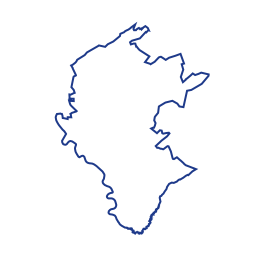 Valmieras pag., Burtnieku, Latvia, rotated 98°
{"feature_id": "27541924B48848471739366", "entity_name": "Valmieras pag.", "entity_type": "district", "adm_level": 2, "iso_a3": "LVA", "parent_name": "Latvia", "parent_adm1": "Burtnieku", "projection": "mercator", "projection_center": [25.5, 57.594], "detail": "fine", "context": "isolated", "style": "outline", "palette": "blue", "viewbox_px": 256, "rotation_deg": 98, "n_neighbors": 0, "source": "geoboundaries", "source_scale": "gbopen_adm2", "svg_char_len": 5672}
<svg xmlns="http://www.w3.org/2000/svg" viewBox="0 0 256 256"><g transform="rotate(98 128 128)"><path d="M222.3,124.7L222.8,124.0L224.0,123.1L224.6,122.5L225.6,120.8L227.1,117.0L226.9,116.2L227.1,115.4L226.9,115.3L226.9,114.9L227.5,114.4L227.3,114.2L227.3,113.5L227.4,113.4L227.6,113.4L227.8,113.1L227.6,112.4L227.5,111.9L227.7,111.5L227.1,111.5L227.2,111.0L226.9,110.7L227.0,110.2L227.7,110.0L228.7,109.5L228.9,109.1L228.7,108.8L228.7,108.6L228.8,108.2L229.0,108.1L229.5,108.2L230.5,109.0L230.6,108.9L230.9,108.4L230.9,108.2L230.4,108.1L230.2,107.8L230.4,107.3L230.5,106.8L230.6,106.3L230.8,106.3L230.9,106.6L231.3,106.6L231.5,106.3L231.1,106.1L229.7,104.6L230.0,104.3L229.8,103.7L230.4,102.8L230.9,102.8L231.0,102.5L230.2,102.2L230.3,101.8L230.0,101.5L230.0,101.3L230.1,101.1L230.4,101.0L229.9,100.4L230.4,100.3L230.5,100.0L230.1,99.9L230.3,99.6L229.9,99.3L229.6,99.6L229.0,99.5L228.7,99.0L228.1,99.4L228.0,99.2L227.7,99.4L225.6,98.6L225.5,98.3L225.8,98.2L225.9,97.3L225.8,96.9L225.0,96.5L224.9,96.0L224.7,95.6L224.0,95.9L223.6,95.8L223.6,95.7L223.4,95.6L223.1,95.8L223.0,95.6L222.9,95.4L222.7,95.2L222.4,94.8L222.7,94.7L222.5,94.4L222.2,94.4L222.1,94.0L221.9,93.8L221.3,93.8L221.2,94.0L220.9,93.9L220.3,94.0L220.0,93.9L219.7,93.1L219.3,93.1L218.8,92.6L218.6,92.5L218.1,92.7L217.8,92.9L217.4,93.6L217.2,94.0L216.5,93.6L216.0,93.5L216.1,93.0L215.9,92.9L215.7,92.2L215.4,92.1L215.3,92.4L214.8,92.5L214.6,92.9L214.4,92.7L214.4,92.9L214.1,93.1L213.8,93.0L213.8,92.9L214.0,92.8L213.9,92.7L213.7,92.7L213.4,92.6L213.1,92.5L212.8,92.8L212.6,92.4L212.4,92.2L212.2,92.2L212.2,92.7L211.7,92.8L211.7,92.5L211.2,92.5L210.8,92.0L210.5,91.8L210.4,91.4L210.2,91.7L210.0,91.4L209.6,91.5L209.5,91.3L209.6,91.1L209.3,90.9L209.1,91.2L208.6,90.8L208.5,90.5L208.2,90.6L208.1,90.3L208.3,90.1L208.0,90.0L207.8,90.1L207.6,89.8L207.3,89.7L207.4,89.4L207.1,89.1L206.9,89.1L206.9,88.6L206.3,88.5L206.2,88.5L206.1,88.9L205.7,88.7L204.8,89.0L204.7,88.9L204.9,88.8L204.9,88.6L204.7,88.5L204.6,88.2L204.3,87.9L203.9,87.7L203.2,86.9L202.6,87.1L202.4,87.0L202.3,86.7L202.1,86.6L201.7,86.9L200.8,86.4L200.3,86.8L196.4,85.6L192.7,86.9L191.2,86.7L190.6,85.5L189.4,85.0L188.1,83.8L185.7,82.8L183.1,81.4L180.9,81.1L177.6,79.5L176.0,77.1L176.0,75.0L174.2,72.1L173.2,71.4L172.3,70.5L171.8,69.9L171.8,69.2L169.5,66.3L167.2,64.0L166.1,62.4L166.3,61.7L162.0,58.2L159.3,54.9L156.8,65.7L155.6,67.6L155.1,68.1L152.9,71.3L152.6,71.9L150.2,75.5L152.4,78.2L152.3,79.2L151.5,79.7L145.2,82.3L140.5,85.3L140.5,86.4L144.0,89.9L144.2,90.2L143.9,91.8L144.0,92.9L143.3,95.3L143.4,95.8L143.6,96.3L142.0,98.0L135.7,92.9L130.9,88.2L127.6,86.2L127.0,86.9L127.7,89.6L127.8,89.8L128.7,92.3L128.4,93.3L125.9,94.3L125.8,96.1L129.1,98.6L125.3,105.0L124.3,103.4L124.2,102.4L122.0,101.7L119.3,101.4L116.8,103.1L113.5,103.0L112.6,102.6L108.8,100.3L102.4,100.4L101.3,99.1L97.6,94.5L94.9,87.8L97.0,82.5L99.5,80.1L99.6,76.0L82.9,74.7L81.5,70.6L74.0,61.1L65.1,55.5L63.7,55.6L63.0,63.2L64.6,65.7L66.2,68.9L65.0,71.5L67.5,73.5L70.9,76.6L71.7,77.5L72.1,77.5L74.9,79.9L75.0,80.0L70.1,82.8L62.5,81.4L57.4,83.7L56.4,81.5L47.3,86.3L49.9,91.2L52.7,97.1L55.3,100.1L54.0,102.8L52.9,105.2L53.1,106.0L53.8,107.3L58.7,110.8L61.7,114.5L61.4,114.9L60.4,120.3L54.1,116.8L49.2,127.4L47.8,129.1L45.9,131.0L46.1,131.3L43.4,132.5L43.5,133.9L44.8,136.8L42.8,137.9L41.0,136.2L37.6,128.7L30.5,123.8L30.8,123.2L28.2,121.4L28.3,121.0L26.2,122.3L24.7,125.0L26.6,127.1L26.9,127.1L28.5,128.3L27.6,128.9L28.4,129.9L27.4,131.1L28.3,132.3L29.3,133.4L30.0,133.7L30.3,135.6L29.1,136.4L24.5,135.3L27.8,138.7L29.2,139.9L30.5,141.3L31.5,142.9L32.5,144.3L33.7,145.2L35.8,148.7L38.1,148.8L44.4,154.6L47.9,159.7L50.8,161.9L50.3,168.3L50.9,168.9L58.9,179.2L61.8,181.0L67.5,187.8L69.3,188.4L70.6,189.2L73.2,191.7L74.0,193.0L76.3,191.1L76.6,191.1L82.8,187.0L83.2,186.9L84.6,188.9L85.2,189.1L95.5,189.7L97.8,187.1L100.6,185.7L101.2,186.8L102.9,189.3L103.0,189.5L102.9,190.7L103.0,190.7L105.9,190.1L107.8,190.1L107.6,188.4L106.9,188.5L106.6,185.9L108.9,185.5L109.2,189.2L109.2,190.1L111.9,188.9L113.0,188.3L114.0,187.2L118.4,181.2L118.8,181.5L120.8,185.6L122.1,187.0L122.9,186.4L123.6,186.3L125.3,185.7L125.7,189.2L127.5,189.0L127.2,192.9L127.2,194.0L124.9,194.6L123.3,195.4L123.4,196.0L123.1,196.8L123.8,199.4L124.0,200.3L125.5,200.8L127.3,201.1L128.1,200.9L130.2,200.2L131.5,199.4L132.7,198.5L134.3,197.2L135.6,195.9L138.6,192.7L140.1,190.6L142.2,188.7L142.5,188.5L143.0,188.7L149.9,191.5L151.4,191.1L152.8,190.1L153.1,189.5L153.3,188.6L153.3,187.7L153.2,187.3L152.9,186.9L152.2,186.2L150.8,185.5L149.5,184.4L149.2,184.0L148.9,183.1L149.1,181.3L150.6,178.2L151.2,177.3L151.4,177.2L152.5,177.2L153.7,177.5L155.3,177.7L156.2,177.5L158.0,176.9L158.8,176.6L160.4,175.5L163.1,173.3L163.6,172.5L163.7,172.0L162.3,170.2L161.9,169.4L161.8,168.7L161.9,168.3L162.7,167.2L166.3,165.4L167.1,164.7L167.6,164.0L168.0,163.2L168.2,162.1L168.3,161.5L168.2,158.7L168.3,158.0L168.8,156.4L170.0,154.0L174.4,147.5L174.8,147.0L177.2,145.0L177.5,144.9L178.5,144.7L181.4,144.8L182.0,144.9L183.2,145.4L184.2,145.7L184.8,145.6L185.8,145.3L186.6,144.6L187.7,143.0L188.5,140.5L188.6,139.7L188.9,138.3L189.5,137.1L190.5,136.0L193.3,134.2L193.9,134.2L194.2,134.5L194.4,134.9L194.8,136.1L195.4,137.3L196.6,138.6L197.6,139.1L198.5,139.4L199.5,139.1L200.0,138.6L200.2,138.3L200.4,137.7L200.4,137.0L200.0,134.7L200.1,133.4L200.3,132.9L200.7,132.0L201.5,131.0L202.2,130.5L204.3,129.5L205.8,128.9L206.8,128.9L207.8,129.1L208.7,129.5L209.1,129.9L209.8,130.7L210.0,131.1L210.8,133.4L211.7,134.5L213.0,135.4L214.4,135.5L214.8,135.4L215.3,135.0L215.8,134.2L215.9,133.8L215.9,133.2L215.9,131.4L216.2,129.9L216.6,128.8L217.6,127.8L220.0,126.5L221.4,125.3L222.3,124.7Z" fill="none" stroke="#1e3a8a" stroke-width="2"/></g></svg>